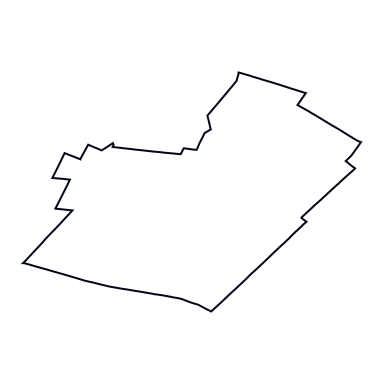 the district of Ziduri, Buzau, Romania
{"feature_id": "2599482B76478155056180", "entity_name": "Ziduri", "entity_type": "district", "adm_level": 2, "iso_a3": "ROU", "parent_name": "Romania", "parent_adm1": "Buzau", "projection": "robinson", "projection_center": [27.059, 45.276], "detail": "fine", "context": "isolated", "style": "outline", "palette": "ink", "viewbox_px": 384, "rotation_deg": 0, "n_neighbors": 0, "source": "geoboundaries", "source_scale": "gbopen_adm2", "svg_char_len": 4614}
<svg xmlns="http://www.w3.org/2000/svg" viewBox="0 0 384 384"><path d="M227.4,296.4L227.6,296.2L230.7,293.3L233.6,290.7L235.4,289.0L238.2,286.4L241.0,283.8L241.2,283.6L243.1,281.8L244.6,280.4L245.1,279.9L246.8,278.3L248.6,276.4L249.6,275.4L251.3,273.7L252.3,272.9L254.3,271.1L257.3,268.3L258.4,267.3L263.1,262.9L265.5,260.6L268.7,257.6L270.3,256.1L271.0,255.3L273.4,253.0L274.2,252.2L275.5,251.0L279.4,247.3L283.7,243.4L289.7,237.7L289.9,237.4L292.9,234.4L295.6,231.8L296.1,231.2L296.6,230.9L297.2,230.4L298.6,229.1L301.3,226.5L303.2,224.6L306.5,221.8L304.9,220.6L302.8,219.0L301.4,217.8L301.4,217.7L301.6,217.4L303.0,216.1L303.6,215.5L305.4,213.8L309.4,210.2L310.3,209.4L313.1,206.7L314.6,205.3L315.8,204.2L316.5,203.6L317.1,203.1L320.4,200.2L322.4,198.3L324.4,196.5L324.5,196.4L327.1,194.0L332.6,188.9L333.9,187.7L334.7,187.0L335.9,185.9L336.3,185.5L338.6,183.5L340.2,181.9L341.2,181.0L343.6,178.8L345.4,177.2L347.2,175.6L350.2,172.9L351.3,171.9L354.0,169.5L355.1,168.4L354.7,168.0L352.8,166.7L351.7,165.9L349.6,164.2L349.3,164.0L348.5,163.3L348.1,163.0L347.6,162.5L345.9,161.3L345.7,161.1L346.4,160.5L348.5,158.4L351.1,155.9L353.9,152.1L354.9,150.7L356.4,148.7L361.0,142.1L359.9,141.8L356.9,140.4L353.2,138.2L347.1,134.5L339.9,129.9L334.5,126.8L329.2,123.7L322.2,119.4L307.8,110.8L301.8,107.4L300.7,106.8L297.5,105.0L299.9,101.6L304.8,94.5L305.8,93.1L303.1,92.3L300.3,91.4L299.9,91.3L298.7,90.9L295.5,89.9L294.1,89.4L291.3,88.6L288.6,87.7L279.9,84.9L276.1,83.7L272.8,82.7L265.8,80.6L263.4,79.9L262.0,79.5L260.7,79.1L258.1,78.2L256.6,77.8L254.9,77.3L251.9,76.4L251.1,76.1L250.5,75.9L249.8,75.7L249.4,75.5L248.2,75.2L247.1,74.9L241.9,73.4L238.6,72.5L238.4,73.5L238.3,74.7L238.3,74.9L238.1,75.6L237.4,77.6L237.0,79.5L236.7,80.3L236.8,80.6L234.0,84.0L231.5,87.1L230.0,88.8L229.9,88.9L228.7,90.4L227.2,92.2L225.0,94.8L220.1,100.7L207.4,115.6L207.8,117.3L208.6,120.3L209.3,123.4L210.1,126.8L210.4,128.1L210.8,129.5L209.5,130.2L207.4,131.4L206.3,132.1L205.7,132.4L205.4,132.6L205.2,132.7L204.9,132.8L204.6,133.1L204.4,133.4L204.0,134.3L202.1,138.2L200.9,140.5L199.9,142.4L196.7,149.8L193.5,149.6L191.9,149.4L187.9,148.8L185.6,148.5L184.3,148.3L183.6,148.3L183.5,148.6L183.5,148.8L183.4,149.1L183.2,149.4L183.1,149.6L182.9,149.8L182.8,150.1L182.6,150.3L182.6,150.5L182.4,151.0L182.1,151.6L181.9,152.0L181.7,152.3L181.4,152.6L181.3,152.9L181.1,153.2L181.0,153.4L181.0,153.6L180.9,154.0L180.7,154.1L180.1,154.2L179.7,154.1L176.5,153.8L173.3,153.5L172.5,153.4L171.1,153.3L168.0,153.0L164.4,152.7L163.6,152.6L162.2,152.4L160.6,152.2L159.5,152.1L153.8,151.6L140.3,150.1L139.4,150.0L135.1,149.6L132.4,149.2L132.2,149.2L126.8,148.6L123.9,148.3L120.9,147.9L119.1,147.7L118.2,147.6L116.3,147.4L115.1,147.2L114.5,147.2L113.2,147.1L112.6,147.0L113.6,144.8L112.9,143.1L111.0,144.4L110.8,144.5L110.6,144.6L109.4,145.4L107.1,147.0L106.2,147.5L105.3,148.1L104.4,148.6L103.9,149.0L103.6,149.2L101.7,150.4L101.4,150.3L100.9,150.1L99.3,149.4L96.5,148.2L94.3,147.3L92.0,146.3L91.2,146.0L90.4,145.6L88.2,144.7L87.7,145.6L83.9,152.5L83.1,154.0L82.6,154.8L80.3,159.2L80.3,159.3L77.8,158.3L64.6,153.1L58.1,166.6L57.3,168.2L52.4,178.0L52.7,178.0L63.2,178.9L69.9,179.6L68.6,182.3L66.6,186.5L65.6,188.4L64.8,190.0L64.5,190.6L64.2,191.2L58.5,202.6L56.4,206.7L55.4,208.6L55.9,208.7L72.4,210.4L70.5,212.5L68.9,214.2L66.7,216.6L64.5,218.9L64.0,219.5L63.9,219.6L63.6,219.9L62.1,221.6L61.2,222.6L55.4,228.7L53.8,230.4L51.4,232.8L46.6,237.8L45.0,239.6L42.2,242.8L42.0,243.0L40.1,245.1L32.5,253.2L26.0,260.2L23.4,262.8L23.1,263.1L23.3,263.1L24.1,263.1L26.8,263.9L29.9,264.7L32.5,265.5L37.0,266.8L43.8,268.7L46.7,269.5L49.4,270.3L50.1,270.5L50.6,270.6L51.8,271.0L62.7,274.1L66.8,275.3L69.1,275.9L69.5,276.1L72.6,277.0L75.4,277.8L79.3,279.0L84.9,280.7L85.4,280.8L91.0,282.1L91.3,282.1L94.4,282.9L100.8,284.5L108.0,286.2L110.2,286.7L116.6,287.8L117.6,288.0L118.5,288.1L123.4,289.0L123.8,289.1L124.1,289.1L124.4,289.1L126.6,289.4L128.2,289.7L130.2,290.0L131.0,290.2L131.8,290.3L132.4,290.4L133.2,290.6L134.2,290.7L134.7,290.8L134.8,290.8L135.9,291.0L136.7,291.1L138.8,291.4L141.5,291.9L144.0,292.3L146.1,292.7L147.4,292.9L148.1,293.0L148.6,293.1L149.4,293.3L150.2,293.4L151.6,293.6L152.5,293.8L154.5,294.2L155.2,294.3L156.2,294.4L156.9,294.5L161.0,295.1L162.6,295.3L164.1,295.6L164.9,295.8L166.9,296.1L170.2,296.7L172.9,297.3L174.7,297.6L177.8,298.1L178.9,298.3L180.5,298.7L181.1,298.8L182.2,299.2L183.1,299.5L183.6,299.7L185.5,300.5L186.9,301.0L188.9,301.8L191.5,302.7L192.3,303.0L196.5,304.2L198.6,304.9L204.1,307.9L211.2,311.5L214.9,308.1L217.7,305.5L220.9,302.6L223.9,299.8L227.0,296.8L227.4,296.4Z" fill="none" stroke="#020617" stroke-width="2"/></svg>